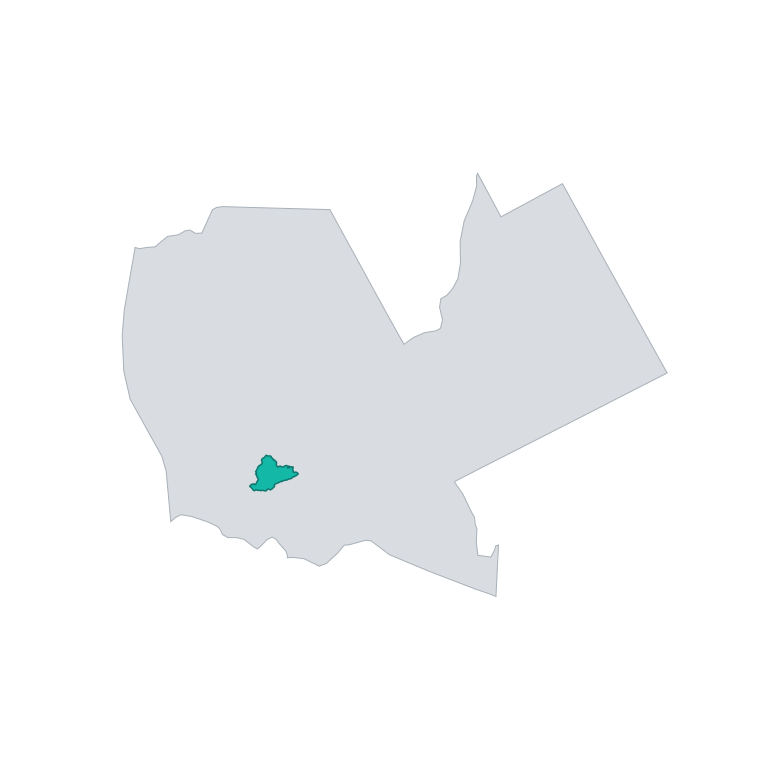 location of Jalapa, Jalapa, Guatemala, rotated 61°
{"feature_id": "79465075B86525651589488", "entity_name": "Jalapa", "entity_type": "district", "adm_level": 2, "iso_a3": "GTM", "parent_name": "Guatemala", "parent_adm1": "Jalapa", "projection": "albers", "projection_center": [-90.024, 14.626], "detail": "fine", "context": "in_parent", "style": "filled", "palette": "teal", "viewbox_px": 768, "rotation_deg": 61, "n_neighbors": 0, "source": "geoboundaries", "source_scale": "gbopen_adm2", "svg_char_len": 5236}
<svg xmlns="http://www.w3.org/2000/svg" viewBox="0 0 768 768"><g transform="rotate(61 384 384)"><path d="M143.9,535.5L147.0,532.4L149.7,525.1L153.1,517.6L151.2,508.8L150.0,501.7L153.8,491.5L153.6,483.7L155.3,479.0L160.8,476.0L163.7,470.1L148.4,449.6L148.4,445.0L150.5,439.3L163.3,417.8L178.5,392.1L195.2,363.8L205.2,346.8L241.3,347.0L265.2,347.1L295.5,347.3L328.5,347.4L350.1,347.4L359.0,347.2L357.6,336.1L358.7,323.8L362.7,312.7L362.7,307.7L356.3,301.7L343.8,298.2L336.9,292.8L336.9,286.1L333.9,277.9L327.8,268.3L315.3,258.5L296.4,248.4L280.3,234.9L267.0,217.9L255.8,207.0L247.1,202.4L245.1,200.0L270.5,200.3L294.5,200.7L294.8,176.5L295.0,155.0L295.3,130.8L338.8,130.9L390.7,131.1L444.5,131.1L486.8,131.1L511.6,131.0L510.6,161.1L509.4,195.9L508.6,221.5L507.4,255.7L506.2,290.7L504.5,338.4L503.5,369.2L504.0,369.9L518.3,368.4L539.3,369.6L544.5,369.5L551.0,372.2L555.9,373.0L566.7,379.8L579.3,385.0L587.2,374.4L583.0,368.0L579.8,364.8L580.3,361.9L624.1,389.1L619.0,393.3L608.0,403.2L587.9,420.1L569.9,435.2L552.6,448.9L536.9,461.2L535.1,462.4L515.2,471.2L511.9,475.3L507.7,492.6L505.7,496.9L509.4,506.5L513.0,521.3L511.9,529.0L498.1,538.6L491.8,547.2L489.1,552.8L486.6,551.4L482.3,550.9L472.4,553.1L467.7,553.6L463.7,556.1L463.3,561.4L466.0,570.1L466.9,574.5L464.1,576.6L452.0,581.8L447.2,587.0L442.6,595.0L437.3,598.3L431.7,597.7L427.8,598.9L419.3,604.9L406.6,616.5L399.8,625.1L399.7,631.5L401.0,637.2L354.7,616.8L339.3,613.3L274.3,613.4L246.5,605.3L214.9,589.6L193.5,575.4L143.9,535.5Z" fill="#d9dde1" stroke="#a8b0b8" stroke-width="1"/><path d="M411.9,504.5L412.0,505.0L411.8,505.2L411.5,505.4L411.2,505.8L411.2,506.0L411.2,506.3L411.4,506.6L411.5,506.8L411.4,506.9L411.3,507.1L411.2,507.1L410.7,507.0L410.6,506.9L410.2,506.7L409.9,506.7L409.7,506.9L409.7,507.3L410.0,507.7L410.8,508.3L410.9,508.6L410.7,508.7L410.4,508.8L409.7,508.4L408.9,508.3L408.3,508.4L407.8,509.2L407.8,509.4L407.7,509.8L407.6,510.1L407.6,510.3L407.5,510.8L407.6,511.2L407.6,511.4L407.7,511.5L407.8,511.7L407.8,511.9L407.7,512.2L407.6,512.6L407.3,513.1L407.2,513.3L406.5,513.9L406.4,513.9L406.3,514.0L406.1,514.1L405.7,514.4L405.6,514.5L405.3,514.8L405.2,515.0L405.2,515.4L405.3,515.9L405.3,516.3L405.2,516.9L405.0,517.3L404.7,517.4L404.4,517.4L403.9,517.3L403.0,517.4L402.0,517.2L401.8,517.2L401.5,516.8L401.4,516.6L401.1,516.3L400.8,516.2L400.5,516.0L399.9,515.9L399.5,516.0L399.0,516.2L398.7,516.4L398.3,516.5L397.8,516.4L397.6,516.5L397.4,516.7L397.3,517.0L397.1,517.2L396.9,517.3L396.6,517.3L396.1,517.2L395.6,517.5L394.8,517.8L393.7,517.9L392.7,517.9L392.1,518.1L391.8,518.5L391.7,518.6L391.4,519.0L391.2,519.5L391.0,519.8L390.8,520.2L390.7,520.4L390.0,521.0L389.9,521.0L389.4,521.4L389.2,521.6L389.3,521.9L389.5,522.6L389.7,523.0L390.0,523.4L390.1,523.9L390.2,524.0L390.2,525.5L390.3,526.3L390.4,526.9L390.5,527.2L390.7,527.5L391.2,528.0L391.7,528.2L392.0,528.3L393.0,528.3L393.5,528.4L394.1,529.1L394.6,529.4L394.7,529.9L394.7,530.3L394.8,530.4L394.8,531.1L395.0,531.8L394.9,532.8L395.1,533.6L395.2,533.9L395.5,534.3L395.6,534.6L396.0,535.1L396.2,535.4L396.5,535.7L397.2,536.6L397.6,537.3L398.1,538.0L398.5,538.8L399.6,538.7L400.3,538.8L400.6,538.9L400.8,539.1L400.6,539.3L400.5,539.5L400.6,539.9L401.8,539.7L402.6,539.9L404.2,540.1L405.7,540.1L406.5,540.2L406.7,540.3L407.0,540.7L407.5,541.7L407.7,542.0L408.3,543.2L409.7,544.9L409.7,545.2L409.7,545.3L408.9,546.1L408.4,546.0L408.1,546.5L408.1,547.3L408.0,547.6L407.9,547.6L407.8,547.8L407.6,548.0L407.8,550.0L407.9,550.3L408.2,550.7L408.3,550.8L408.6,551.1L409.1,550.9L409.3,550.7L409.6,550.4L410.1,550.2L410.3,550.2L411.0,550.2L411.7,550.0L412.4,549.9L412.9,549.9L413.5,549.8L413.9,549.6L414.0,549.5L414.3,549.2L414.6,548.8L414.5,548.4L414.5,548.2L414.4,547.7L414.4,547.1L414.7,546.9L414.8,546.9L415.2,546.5L415.3,546.3L415.8,546.0L416.0,545.9L416.1,545.7L416.1,545.3L416.3,545.1L416.6,544.5L417.3,543.7L417.6,543.4L417.7,543.0L417.8,542.9L417.8,542.1L417.9,541.9L418.8,541.0L419.0,540.8L419.5,540.3L419.5,540.1L419.8,539.7L420.2,539.0L420.3,538.7L420.2,538.2L420.0,537.9L419.7,537.3L419.5,536.8L419.6,536.3L419.7,536.1L420.4,535.4L420.8,535.1L421.2,535.0L421.5,534.7L421.6,534.3L421.6,533.6L421.4,532.3L421.2,532.0L421.2,531.8L421.1,531.7L421.0,530.8L420.6,529.5L420.4,529.3L419.9,529.2L419.5,529.1L419.2,529.0L418.9,528.6L418.8,527.3L418.8,526.9L418.9,526.5L419.0,525.8L419.1,524.5L419.2,524.1L419.2,523.6L419.2,522.5L419.1,521.8L419.2,521.2L419.3,521.1L419.7,521.0L419.8,520.9L419.8,520.7L419.7,519.7L419.7,519.0L420.3,517.0L420.7,516.2L420.8,515.6L420.9,515.3L421.0,513.0L421.3,512.4L421.4,512.1L421.5,511.8L421.6,511.7L421.7,510.9L421.5,509.7L421.3,509.1L421.2,508.3L421.2,508.1L421.5,507.8L421.6,507.5L421.6,507.2L421.4,506.8L421.4,506.5L421.4,505.9L421.5,505.8L421.5,505.7L421.6,505.3L421.6,504.8L421.5,504.6L421.4,504.3L421.3,503.5L421.0,503.0L420.9,502.8L420.9,502.6L420.3,502.7L419.7,502.9L419.4,503.0L419.1,503.2L418.5,503.6L418.4,503.7L418.2,503.9L418.1,504.1L418.0,504.8L418.0,505.3L417.9,505.5L417.6,505.8L417.0,505.9L416.5,505.8L416.2,505.5L415.9,505.4L415.7,505.4L415.0,505.6L414.8,505.6L414.6,505.5L414.4,505.4L414.1,505.1L414.0,504.8L413.9,504.6L413.6,504.4L413.1,504.2L412.9,504.1L412.5,503.8L412.1,504.1L411.9,504.5Z" fill="#14b8a6" stroke="#0f766e" stroke-width="1.5"/></g></svg>